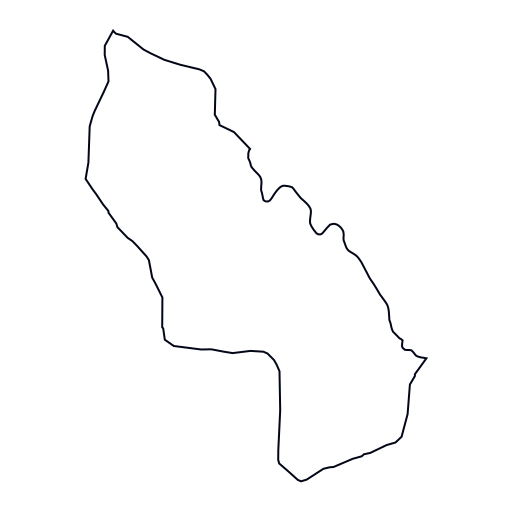 Amatitlán, Guatemala
{"feature_id": "79465075B1608091480167", "entity_name": "Amatitlán", "entity_type": "district", "adm_level": 2, "iso_a3": "GTM", "parent_name": "Guatemala", "parent_adm1": "", "projection": "natural_earth1", "projection_center": [-90.597, 14.456], "detail": "fine", "context": "isolated", "style": "outline", "palette": "ink", "viewbox_px": 512, "rotation_deg": 0, "n_neighbors": 0, "source": "geoboundaries", "source_scale": "gbopen_adm2", "svg_char_len": 2706}
<svg xmlns="http://www.w3.org/2000/svg" viewBox="0 0 512 512"><path d="M250.1,149.0L234.0,132.1L219.5,125.1L219.1,122.0L214.8,114.7L215.5,89.1L210.6,78.9L207.2,74.6L204.0,71.3L199.2,69.3L180.4,64.8L164.5,59.9L150.4,53.2L143.5,49.5L127.7,36.8L116.0,33.7L114.4,32.2L113.1,30.7L104.8,45.8L104.7,54.9L108.1,70.7L108.5,81.4L103.6,92.3L94.7,110.9L92.6,116.1L89.7,126.3L88.4,162.7L85.6,178.9L92.5,189.2L96.0,193.9L103.1,204.5L108.4,211.0L108.5,212.7L116.3,223.5L117.5,227.3L121.4,231.3L127.6,237.8L132.4,241.1L137.0,245.8L146.6,256.5L148.9,260.2L152.2,277.6L155.1,282.9L156.6,285.8L162.4,297.5L162.2,327.3L163.2,328.4L164.8,339.7L173.8,346.0L201.2,349.5L211.3,349.3L223.4,351.6L232.6,353.1L250.5,350.9L263.4,351.7L267.5,353.5L274.0,360.0L276.8,365.0L279.5,371.3L280.2,410.3L278.3,450.0L278.2,459.9L279.2,463.5L287.1,470.3L297.8,479.9L301.1,481.3L306.7,479.6L323.4,468.8L329.6,467.3L333.5,467.0L352.7,458.8L361.7,456.3L363.9,454.3L370.3,452.9L386.5,445.1L395.5,442.5L401.6,436.7L407.6,414.1L409.9,384.5L414.9,376.0L414.9,374.2L426.4,358.3L423.7,357.8L420.9,357.4L419.1,356.9L417.7,356.5L415.9,355.5L414.4,353.6L413.0,351.9L411.4,350.3L409.3,350.0L407.2,350.0L404.9,349.8L402.8,348.0L402.0,346.3L402.2,343.1L402.6,340.4L401.1,339.1L399.5,338.3L398.4,337.2L397.2,335.9L395.7,334.4L394.3,333.0L393.0,331.7L392.1,329.6L391.6,328.0L391.2,326.5L390.9,325.0L390.6,323.5L389.9,321.4L389.3,319.7L389.3,318.2L388.8,311.3L388.3,308.2L387.6,305.8L386.7,303.9L385.3,301.8L383.8,299.7L379.9,294.4L378.4,291.8L376.4,288.4L373.6,283.9L370.1,278.8L368.9,276.7L367.6,274.1L361.3,262.1L358.9,258.6L357.2,256.5L355.1,254.8L352.3,253.0L350.1,251.7L348.4,250.5L347.1,248.9L346.3,247.5L345.6,245.7L344.5,242.6L343.6,240.1L343.5,237.6L343.7,235.6L343.6,233.7L343.3,231.5L342.2,229.4L341.1,227.9L339.8,226.6L338.2,225.3L336.8,224.5L334.6,223.9L333.3,223.9L332.0,224.1L330.0,224.7L328.6,226.2L327.2,227.6L323.0,232.6L321.8,233.8L320.3,234.4L318.2,234.3L316.6,233.4L315.5,232.1L313.9,230.1L311.6,226.6L310.2,223.6L310.0,221.4L310.1,219.4L310.3,217.6L310.9,212.7L310.9,210.8L310.5,208.9L309.8,207.5L308.6,205.7L307.2,204.0L304.6,201.5L300.8,198.1L298.8,195.7L295.4,191.4L293.4,188.6L292.1,187.3L290.4,186.7L288.9,186.3L286.7,186.0L284.5,185.7L282.5,185.9L280.8,186.8L279.7,187.6L278.6,188.7L277.0,190.4L274.6,193.6L271.4,198.6L269.9,200.4L268.3,201.4L266.3,201.5L264.7,201.0L263.5,200.0L262.9,197.7L262.6,196.1L262.0,193.1L261.1,190.2L261.1,188.6L261.2,186.6L261.3,184.9L261.5,182.6L261.4,180.8L261.2,179.3L260.1,176.7L258.8,175.0L257.4,173.5L254.7,170.8L252.8,168.6L251.7,167.3L250.9,165.6L250.3,163.1L249.5,160.8L248.7,159.2L248.2,157.8L248.3,155.6L248.3,153.4L249.1,150.3L250.1,149.0Z" fill="none" stroke="#020617" stroke-width="2"/></svg>